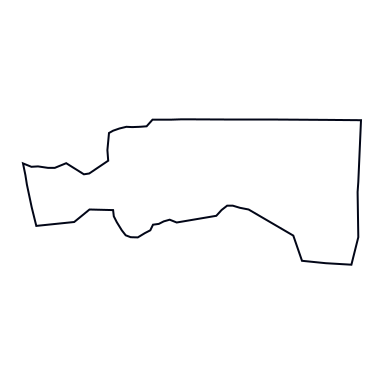 outline of Barão, Rio Grande do Sul, Brazil
{"feature_id": "56859067B63492372460068", "entity_name": "Barão", "entity_type": "district", "adm_level": 2, "iso_a3": "BRA", "parent_name": "Brazil", "parent_adm1": "Rio Grande do Sul", "projection": "mercator", "projection_center": [-51.523, -29.392], "detail": "fine", "context": "isolated", "style": "outline", "palette": "ink", "viewbox_px": 384, "rotation_deg": 0, "n_neighbors": 0, "source": "geoboundaries", "source_scale": "gbopen_adm2", "svg_char_len": 856}
<svg xmlns="http://www.w3.org/2000/svg" viewBox="0 0 384 384"><path d="M361.0,120.2L327.6,119.9L298.5,119.7L267.8,119.5L230.8,119.5L224.0,119.5L182.2,119.3L170.1,119.7L160.5,119.7L152.5,119.7L146.6,126.3L139.9,126.8L132.1,127.1L126.4,126.8L119.4,128.5L113.1,130.7L109.0,133.0L107.4,150.1L108.2,160.7L89.2,173.5L83.9,174.3L66.2,163.2L54.7,167.9L48.2,167.9L38.0,166.4L31.4,166.8L23.0,163.4L25.4,175.1L26.9,184.6L31.7,207.3L36.3,225.9L74.2,222.0L81.2,216.3L89.5,209.5L113.1,210.1L113.8,216.3L116.8,222.2L121.8,230.3L125.7,235.3L130.7,237.2L137.8,237.4L144.9,233.1L150.3,230.3L153.0,224.7L158.8,223.9L163.7,221.4L169.7,219.7L176.7,222.5L216.3,215.8L221.6,210.0L227.1,205.7L232.9,205.7L239.9,207.8L248.6,209.5L293.3,235.6L302.0,260.8L325.8,263.2L351.4,264.7L358.3,237.2L357.6,192.0L358.3,182.0L361.0,120.2Z" fill="none" stroke="#020617" stroke-width="2"/></svg>